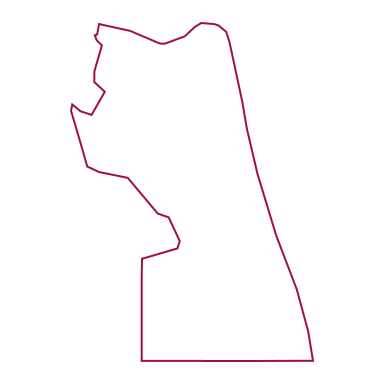 outline of Virginia Beach, Virginia, United States of America
{"feature_id": "52423323B21015613646613", "entity_name": "Virginia Beach", "entity_type": "district", "adm_level": 2, "iso_a3": "USA", "parent_name": "United States of America", "parent_adm1": "Virginia", "projection": "equal_earth", "projection_center": [-76.052, 36.741], "detail": "fine", "context": "isolated", "style": "outline", "palette": "rose", "viewbox_px": 384, "rotation_deg": 0, "n_neighbors": 0, "source": "geoboundaries", "source_scale": "gbopen_adm2", "svg_char_len": 914}
<svg xmlns="http://www.w3.org/2000/svg" viewBox="0 0 384 384"><path d="M141.7,360.9L200.5,360.9L205.9,361.0L252.2,361.0L253.5,361.0L255.0,361.0L255.5,361.0L276.1,360.9L283.2,360.9L284.8,360.9L287.7,360.9L288.6,360.9L290.2,360.8L294.8,360.8L295.4,360.9L296.3,360.8L299.9,360.8L300.3,360.8L303.9,360.8L304.5,360.8L313.0,360.8L308.2,331.4L296.9,289.8L276.2,235.5L257.6,174.3L246.9,128.8L242.4,102.4L241.8,99.5L229.4,41.7L226.2,31.8L218.7,25.6L214.5,24.1L201.3,23.0L194.9,26.9L184.8,36.3L164.8,43.7L162.4,43.6L159.8,43.5L137.0,33.8L130.3,30.9L117.0,28.0L105.2,25.4L99.1,24.0L97.1,34.5L94.8,35.3L96.4,39.5L97.1,40.7L98.5,42.0L101.9,45.4L94.4,71.3L94.3,82.1L104.8,91.7L91.6,114.9L80.4,111.2L72.3,104.5L71.0,110.7L81.1,145.0L87.3,166.6L92.9,169.1L98.8,172.0L127.8,177.9L156.7,212.3L157.8,213.6L168.7,217.4L179.8,241.2L177.4,248.4L142.0,258.8L141.7,276.6L141.7,360.9Z" fill="none" stroke="#9f1239" stroke-width="2"/></svg>